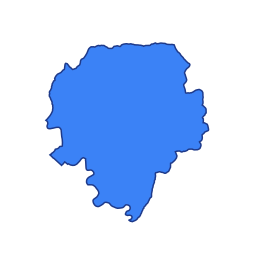 Alma, Sibiu, Romania, rotated 69°
{"feature_id": "2599482B74056506613353", "entity_name": "Alma", "entity_type": "district", "adm_level": 2, "iso_a3": "ROU", "parent_name": "Romania", "parent_adm1": "Sibiu", "projection": "orthographic", "projection_center": [24.465, 46.229], "detail": "fine", "context": "isolated", "style": "filled", "palette": "blue", "viewbox_px": 256, "rotation_deg": 69, "n_neighbors": 0, "source": "geoboundaries", "source_scale": "gbopen_adm2", "svg_char_len": 5788}
<svg xmlns="http://www.w3.org/2000/svg" viewBox="0 0 256 256"><g transform="rotate(69 128 128)"><path d="M100.7,201.2L101.3,197.9L101.7,194.8L102.3,193.0L102.7,192.2L103.3,191.7L104.7,191.2L105.8,191.1L112.1,192.9L114.9,193.4L118.1,194.4L121.3,195.8L121.3,196.8L120.9,197.8L120.9,198.4L121.7,199.7L122.0,200.6L122.0,202.1L121.8,203.1L121.8,203.4L121.9,203.7L122.6,204.1L123.1,204.8L123.9,206.5L124.1,207.4L124.4,208.6L124.9,208.9L124.9,209.9L125.1,210.5L127.5,209.3L128.4,209.0L129.4,208.5L129.7,208.1L139.1,203.4L138.8,202.9L138.3,201.4L137.0,199.2L140.2,197.3L140.0,196.6L141.9,194.9L143.1,193.0L143.6,191.3L143.5,189.9L143.3,188.6L141.5,184.8L140.0,182.5L139.7,181.1L139.7,180.3L141.2,178.9L141.7,178.6L142.8,179.2L143.9,179.4L149.7,181.3L150.9,181.6L152.0,181.6L152.8,181.1L153.2,180.4L153.8,178.0L154.1,177.5L155.0,176.6L156.4,176.1L157.1,175.9L158.6,176.3L159.1,176.8L159.6,179.4L159.9,182.0L160.5,183.7L161.3,184.8L162.6,185.7L164.0,186.2L165.2,186.2L166.6,185.8L167.8,182.8L168.1,182.1L168.9,181.0L169.8,180.4L171.2,179.6L173.7,179.0L174.2,178.7L175.7,178.4L177.1,178.3L178.7,178.7L180.3,180.4L181.2,181.8L181.6,183.1L182.1,185.1L182.4,185.9L183.0,186.5L183.5,186.8L185.2,187.1L186.0,187.1L187.7,186.8L189.0,186.2L189.5,185.8L190.3,184.8L190.8,183.5L190.6,181.4L190.1,178.8L189.2,176.7L189.2,176.0L189.8,174.5L190.7,173.3L191.2,172.7L191.6,172.4L194.5,171.4L195.8,170.4L196.4,169.7L198.2,167.9L199.2,166.5L199.9,164.1L200.3,162.3L200.4,161.4L200.2,160.4L199.2,158.3L199.0,157.7L199.1,157.1L199.9,155.6L200.8,154.8L201.6,154.4L203.3,154.5L203.9,154.8L204.6,155.4L205.1,156.1L205.4,156.9L205.3,158.5L205.5,159.4L207.0,161.0L207.8,161.3L208.0,161.3L208.6,160.8L209.4,159.9L210.0,157.7L210.4,157.1L211.2,156.3L211.8,156.1L212.7,156.2L213.0,156.3L213.6,156.9L214.2,157.8L214.4,160.1L214.6,160.1L214.9,159.7L215.3,159.4L215.9,159.3L216.2,158.3L216.8,157.9L216.9,157.7L217.0,157.5L216.9,154.0L216.7,153.3L216.5,152.5L215.3,150.7L215.0,149.9L215.0,149.1L214.8,148.9L214.1,148.0L213.6,147.4L212.9,146.9L212.2,145.9L211.0,145.0L210.1,143.9L209.2,143.2L208.8,142.7L208.7,142.1L208.0,141.8L207.5,141.3L206.6,139.2L206.0,138.8L205.2,136.7L204.3,135.6L203.5,134.9L203.2,134.4L201.9,133.2L201.3,132.4L201.1,131.9L200.8,130.9L200.4,130.6L197.8,129.6L195.1,127.9L193.6,127.2L192.1,125.9L190.5,125.0L188.1,122.8L186.7,122.3L185.5,120.9L184.4,120.6L183.5,119.9L182.4,119.4L180.5,118.9L179.8,118.4L179.7,118.0L179.9,117.2L180.0,115.0L180.1,114.2L181.4,112.5L182.0,111.4L183.3,110.1L183.6,109.5L183.6,108.6L183.6,108.0L183.2,107.2L183.1,105.8L182.6,105.1L179.9,102.4L176.2,100.9L176.3,99.4L175.4,97.0L174.9,95.8L173.4,93.6L172.2,92.7L171.6,92.3L167.1,92.3L167.1,91.0L167.3,90.6L167.3,90.0L167.5,89.5L167.8,88.7L167.9,88.2L168.1,87.9L168.8,87.5L169.2,87.0L169.6,86.5L169.7,86.3L169.7,84.2L170.1,83.6L170.2,82.2L170.1,80.6L169.7,79.8L169.6,79.3L169.7,78.4L170.7,75.7L171.8,74.5L172.2,73.9L173.2,70.8L173.1,69.1L172.9,68.4L172.7,68.0L171.3,66.7L170.4,66.1L169.3,65.8L168.4,65.8L167.2,66.3L166.4,66.2L166.2,64.3L165.8,63.6L165.1,62.9L163.7,62.1L161.3,61.4L160.8,61.1L160.2,59.0L159.4,58.1L159.2,55.9L159.2,54.5L159.0,53.8L158.9,53.7L158.2,53.3L157.2,53.1L154.6,52.7L153.1,52.7L152.6,52.9L152.3,53.3L150.7,54.7L150.3,55.2L150.0,55.9L148.1,55.0L146.4,54.4L145.7,54.8L144.8,54.7L144.5,54.1L143.7,52.6L143.5,51.8L143.3,51.5L142.2,50.6L142.0,50.3L142.0,49.7L141.8,49.6L138.4,48.4L137.6,48.4L136.9,48.6L134.3,49.8L133.2,50.5L132.1,49.4L131.5,49.0L129.8,48.4L128.2,48.1L126.3,46.9L124.1,46.3L123.2,45.9L122.7,45.8L122.0,45.5L121.1,45.5L120.0,45.7L119.4,46.0L117.8,47.4L117.5,47.8L117.3,48.8L117.0,51.0L117.1,51.7L117.7,54.5L117.8,56.3L117.5,57.2L117.4,58.3L116.7,59.3L116.5,60.6L116.1,61.3L115.8,61.6L112.4,60.9L108.5,60.8L107.5,60.5L107.2,60.2L106.0,57.9L105.5,57.1L104.5,56.2L103.9,55.9L101.5,55.7L100.6,55.7L98.6,55.5L97.4,55.6L96.4,55.3L94.9,53.7L94.2,52.7L93.6,51.7L93.0,49.7L92.3,48.5L91.5,47.8L90.9,47.5L90.0,47.6L88.7,48.7L85.9,50.0L85.2,50.2L83.3,51.1L82.0,51.3L79.3,52.5L77.4,52.8L75.6,53.6L75.0,54.1L74.7,54.3L70.7,55.1L66.9,55.1L65.6,57.2L65.6,57.7L64.2,60.9L63.6,61.9L62.3,63.1L61.7,64.5L60.5,66.8L60.3,67.7L60.2,69.0L59.6,71.0L59.4,71.2L59.0,71.4L58.4,72.0L58.5,74.5L58.1,75.9L58.3,76.7L58.7,77.6L58.7,78.1L57.3,81.9L57.2,84.3L56.5,84.6L56.0,85.6L55.4,86.2L54.9,87.4L54.0,89.0L53.7,89.8L52.7,92.0L52.0,92.8L51.7,93.2L51.3,94.0L50.4,95.2L50.0,97.1L48.8,99.2L48.5,100.3L48.1,102.1L48.1,104.0L48.2,104.4L48.8,105.3L49.1,106.2L48.9,106.5L47.7,108.1L47.4,108.6L47.3,109.1L47.2,110.1L46.8,111.8L47.9,113.9L47.9,114.6L46.8,117.4L46.5,117.8L44.8,118.8L44.1,119.6L42.3,120.9L41.9,122.1L41.4,122.9L41.2,123.7L41.2,124.8L40.7,125.3L40.3,126.1L40.2,127.2L40.3,128.4L40.5,129.4L40.4,129.9L40.4,130.3L39.7,131.3L39.4,132.4L39.0,133.3L39.1,134.0L39.4,134.9L40.0,136.2L40.4,136.7L43.5,139.6L45.4,142.0L46.2,143.2L46.9,144.3L47.0,144.7L47.1,146.4L47.2,146.9L47.6,147.5L48.4,148.3L50.0,149.1L51.7,150.4L51.9,150.9L52.5,153.3L52.7,153.7L53.7,155.1L53.6,156.0L53.6,158.6L52.0,159.6L51.0,159.8L50.4,160.4L49.9,160.7L48.0,161.1L47.1,161.5L46.4,161.6L45.3,162.9L45.3,163.0L45.6,163.6L46.1,164.0L49.6,165.9L50.5,166.5L50.6,167.2L50.7,168.0L51.4,169.2L52.2,170.8L52.5,174.5L52.8,175.1L53.4,176.3L54.7,178.0L55.4,178.6L55.5,178.5L55.8,178.8L56.7,178.9L57.2,179.1L57.4,179.3L57.4,180.3L57.5,180.6L58.9,182.0L59.4,182.7L60.0,183.2L60.9,183.5L61.4,184.1L61.9,184.5L63.4,185.1L64.1,186.0L64.9,186.7L65.7,188.0L66.0,188.3L66.8,188.7L68.1,188.9L68.5,189.4L70.0,190.0L70.6,190.0L71.5,189.7L73.7,189.8L74.6,189.7L75.4,189.6L76.7,189.6L78.4,190.3L79.7,190.0L80.3,190.4L82.3,190.9L84.2,192.0L84.9,192.2L85.9,193.2L87.1,194.5L88.5,196.3L90.8,200.4L91.4,201.9L92.7,201.1L93.5,200.9L93.8,201.0L95.4,201.4L96.6,202.5L97.3,202.9L97.8,203.1L99.2,203.1L100.0,202.5L100.7,201.2Z" fill="#3b82f6" stroke="#1e3a8a" stroke-width="1.5"/></g></svg>